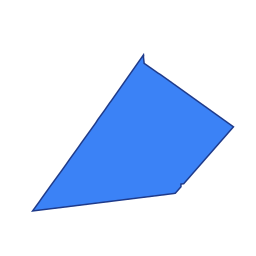 Esmeralda, Nevada, United States of America, rotated 83°
{"feature_id": "52423323B50493835773618", "entity_name": "Esmeralda", "entity_type": "district", "adm_level": 2, "iso_a3": "USA", "parent_name": "United States of America", "parent_adm1": "Nevada", "projection": "natural_earth1", "projection_center": [-117.709, 37.723], "detail": "fine", "context": "isolated", "style": "filled", "palette": "blue", "viewbox_px": 256, "rotation_deg": 83, "n_neighbors": 0, "source": "geoboundaries", "source_scale": "gbopen_adm2", "svg_char_len": 514}
<svg xmlns="http://www.w3.org/2000/svg" viewBox="0 0 256 256"><g transform="rotate(83 128 128)"><path d="M198.7,232.8L198.7,177.3L198.6,90.9L198.5,89.0L192.8,82.6L190.1,82.3L190.1,79.5L139.7,23.2L78.9,89.3L77.1,91.6L65.8,104.1L58.7,104.0L58.4,103.7L57.3,103.7L77.0,121.5L99.3,141.6L100.6,142.9L107.8,149.3L115.8,156.8L119.0,159.4L123.9,163.9L137.4,176.4L140.9,179.5L152.0,189.8L156.6,193.9L161.1,198.0L175.1,211.1L187.5,222.5L189.9,224.6L198.7,232.8Z" fill="#3b82f6" stroke="#1e3a8a" stroke-width="1.5"/></g></svg>